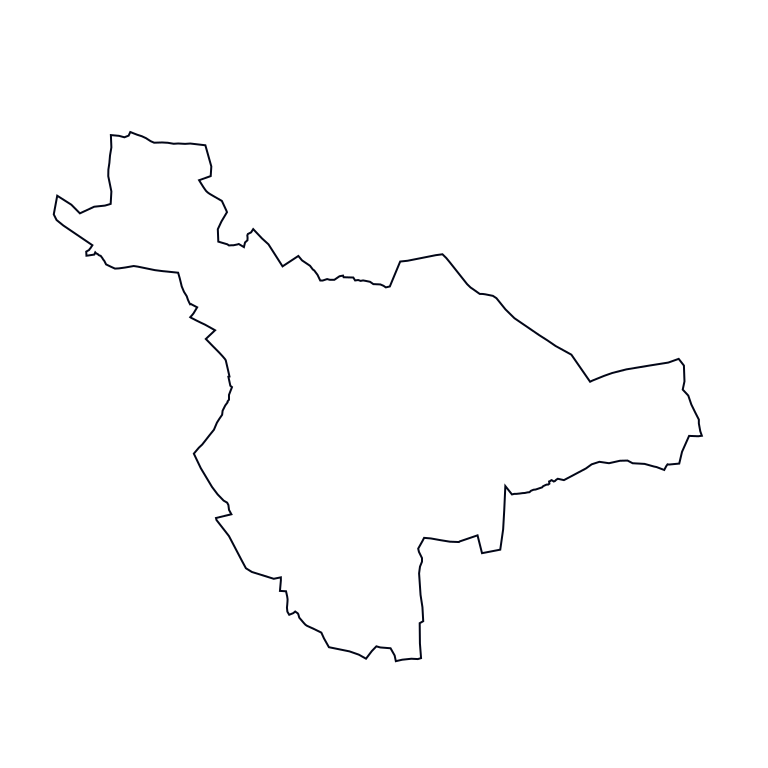 outline of Batagarawa, Katsina, Nigeria, rotated 264°
{"feature_id": "59680162B37340403082689", "entity_name": "Batagarawa", "entity_type": "district", "adm_level": 2, "iso_a3": "NGA", "parent_name": "Nigeria", "parent_adm1": "Katsina", "projection": "robinson", "projection_center": [7.596, 12.868], "detail": "fine", "context": "isolated", "style": "outline", "palette": "ink", "viewbox_px": 768, "rotation_deg": 264, "n_neighbors": 0, "source": "geoboundaries", "source_scale": "gbopen_adm2", "svg_char_len": 4192}
<svg xmlns="http://www.w3.org/2000/svg" viewBox="0 0 768 768"><g transform="rotate(264 384 384)"><path d="M112.7,337.4L119.7,344.0L123.9,349.0L122.4,352.7L120.5,362.9L112.9,366.2L107.1,366.8L107.9,373.3L107.9,382.5L106.9,388.9L107.5,392.2L122.2,392.6L142.4,394.5L144.0,398.2L158.0,398.9L170.4,398.3L192.0,399.1L198.6,400.7L203.3,403.2L206.9,403.6L213.4,401.2L216.7,400.8L223.9,405.9L226.8,407.8L225.5,414.5L222.8,423.8L220.3,433.0L219.0,442.0L219.5,442.7L223.7,461.2L205.5,463.8L207.1,482.3L227.0,487.3L246.0,490.4L269.8,494.0L260.8,499.7L261.1,502.1L260.9,504.3L260.9,507.7L261.0,510.4L260.9,512.7L261.2,515.3L261.2,517.4L262.4,518.9L263.2,521.6L263.2,523.8L263.6,525.6L264.1,527.8L264.7,530.5L265.7,531.5L266.7,534.3L267.0,535.5L266.8,536.7L267.6,538.1L269.8,538.0L270.2,539.4L270.9,540.4L270.5,541.2L269.3,542.6L269.6,543.8L270.7,545.2L271.6,546.9L269.6,552.9L278.9,576.0L282.4,582.1L284.1,590.1L281.7,599.5L283.0,610.7L282.4,618.2L279.2,623.0L278.1,629.9L277.3,634.8L273.7,643.9L272.9,646.4L269.2,653.7L272.8,656.1L274.5,657.6L274.1,658.9L274.0,669.3L285.4,673.3L300.5,682.0L299.2,691.0L299.3,694.7L304.0,693.6L311.8,693.0L315.7,693.4L323.0,690.6L331.5,687.5L340.7,685.4L347.2,680.5L355.2,683.1L371.0,684.2L378.2,679.7L375.6,669.0L374.6,650.0L373.2,626.5L371.1,612.1L369.1,603.8L365.6,591.6L364.7,589.2L393.6,573.4L403.8,558.7L410.6,550.7L416.5,543.3L435.8,520.6L445.5,512.6L457.6,504.8L460.3,501.5L461.8,496.7L462.6,494.1L463.2,491.7L463.6,488.6L469.4,482.0L470.9,480.2L474.6,477.1L498.1,462.2L502.8,459.1L506.9,455.7L506.7,448.9L505.3,433.6L504.1,420.3L504.1,412.9L480.4,400.0L479.9,395.9L481.7,393.8L483.4,390.8L484.3,384.9L484.4,383.9L487.1,380.8L488.5,376.4L489.2,374.0L489.0,371.5L490.1,369.2L490.0,366.1L493.1,364.6L494.4,355.0L496.1,354.6L495.8,351.0L492.8,345.5L493.3,341.0L494.3,338.4L493.3,333.8L493.6,331.4L499.5,329.3L504.2,326.5L505.3,325.2L509.3,322.8L515.5,315.4L520.3,312.2L511.6,295.4L535.0,283.7L541.5,277.9L551.7,270.1L548.7,267.7L547.4,264.3L546.1,263.6L543.6,263.6L541.2,263.2L539.3,260.6L534.8,259.0L538.4,254.2L538.1,252.7L537.7,248.6L537.9,247.1L538.0,244.3L539.3,242.8L542.9,234.1L555.3,234.9L562.6,239.3L571.3,245.8L573.1,245.3L583.0,241.9L587.5,235.7L589.7,232.7L591.4,230.4L592.9,228.7L594.5,227.3L596.4,226.2L598.8,224.9L603.3,222.7L606.0,221.4L608.9,233.4L618.4,235.0L640.1,231.3L643.4,216.5L643.6,211.3L644.7,204.5L644.9,199.9L646.5,194.2L647.4,188.6L648.0,180.6L649.9,177.3L652.3,174.3L653.3,173.1L655.7,169.1L657.7,164.6L661.1,158.0L657.7,156.0L656.5,151.6L658.5,146.4L660.1,138.4L647.8,137.6L639.9,135.4L632.6,134.0L626.0,132.3L619.5,131.5L604.0,133.0L591.7,131.0L591.3,129.1L590.6,125.1L590.6,114.3L585.5,99.4L595.0,91.8L605.4,78.7L587.2,73.3L581.3,75.5L575.2,81.6L552.5,108.5L549.7,106.2L548.9,105.3L548.3,104.9L548.0,104.5L547.2,102.6L546.8,101.7L542.7,101.5L542.7,103.0L543.0,109.4L545.1,110.6L543.9,111.5L543.2,112.8L542.1,113.7L541.5,114.6L541.1,115.6L538.6,117.1L537.2,117.7L535.7,118.7L532.0,120.1L529.2,124.6L526.9,128.5L526.7,132.5L526.9,138.7L527.5,147.4L526.5,151.3L521.2,168.0L519.4,175.6L518.4,180.5L517.8,183.3L516.2,190.9L510.5,191.9L504.0,192.8L502.3,193.0L496.6,194.7L491.9,197.0L488.3,197.8L485.6,198.7L483.5,199.5L483.7,200.4L483.5,200.6L479.8,206.2L474.1,201.9L472.3,200.1L470.7,198.3L470.0,199.1L468.4,201.6L467.0,203.7L464.1,208.3L461.8,212.1L455.1,221.6L450.4,215.4L447.4,211.5L439.7,217.6L432.2,223.6L428.3,226.5L425.5,228.4L424.1,229.1L413.6,230.4L407.6,231.1L407.5,230.0L398.3,231.0L396.8,232.5L389.4,228.7L384.6,228.2L383.0,226.6L382.1,226.5L379.3,223.9L374.3,220.7L370.3,219.8L366.7,216.7L363.0,213.8L356.3,210.1L351.7,205.5L342.8,196.9L340.0,193.2L334.6,187.6L319.4,193.0L299.6,202.2L291.6,207.0L284.8,212.3L282.4,215.6L279.9,216.6L275.0,216.7L270.4,218.6L268.3,202.9L266.2,203.2L249.0,213.9L223.3,224.1L215.2,227.4L210.9,232.9L201.8,254.0L202.5,261.2L199.4,260.9L189.1,258.9L188.1,264.9L182.8,265.5L180.0,265.6L177.9,265.3L174.6,264.7L171.7,264.1L167.7,264.1L164.4,265.6L165.6,269.8L167.0,271.9L166.1,272.9L165.0,274.2L164.0,274.7L160.5,275.3L154.8,279.2L152.8,280.7L151.6,282.1L147.7,288.7L143.3,295.7L137.3,297.7L128.0,301.7L121.7,321.7L117.5,330.6L112.7,337.4Z" fill="none" stroke="#020617" stroke-width="2"/></g></svg>